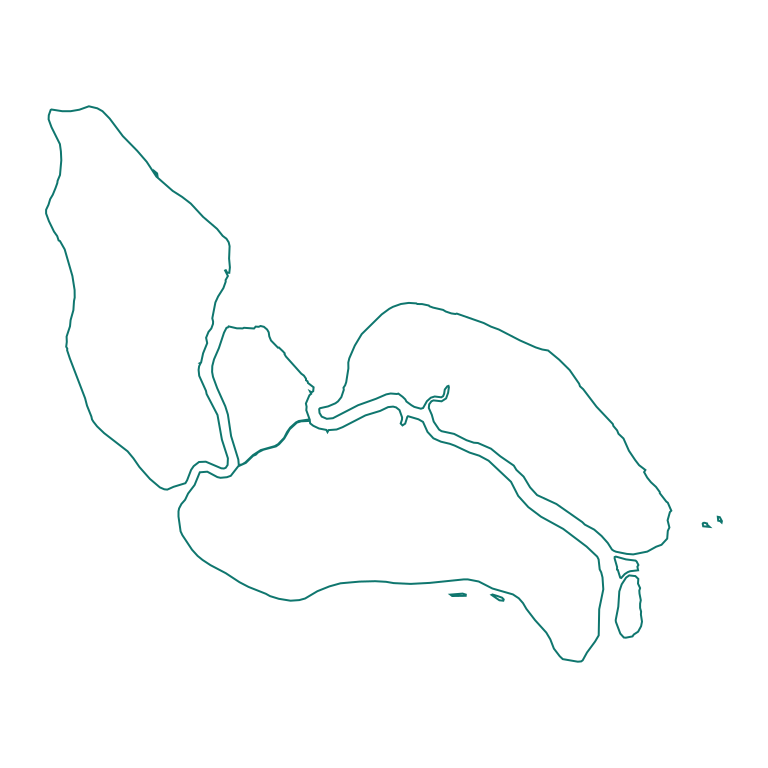 outline of Kepulauan Meranti, Riau, Indonesia
{"feature_id": "22746128B32802105420608", "entity_name": "Kepulauan Meranti", "entity_type": "district", "adm_level": 2, "iso_a3": "IDN", "parent_name": "Indonesia", "parent_adm1": "Riau", "projection": "natural_earth1", "projection_center": [102.588, 1.052], "detail": "fine", "context": "isolated", "style": "outline", "palette": "teal", "viewbox_px": 768, "rotation_deg": 0, "n_neighbors": 0, "source": "geoboundaries", "source_scale": "gbopen_adm2", "svg_char_len": 6078}
<svg xmlns="http://www.w3.org/2000/svg" viewBox="0 0 768 768"><path d="M402.5,425.4L400.7,423.5L402.0,419.6L402.1,417.4L399.5,410.1L396.1,407.4L393.1,406.6L388.1,407.1L380.2,410.9L365.4,415.4L342.5,427.2L336.6,429.5L328.6,430.1L327.5,432.1L326.3,429.9L319.0,428.5L313.3,425.8L310.2,423.4L309.8,420.9L301.2,421.3L296.9,422.6L289.7,429.2L284.2,438.6L279.1,444.2L276.0,446.4L263.4,449.7L258.2,452.3L255.8,454.7L253.1,455.8L245.8,462.9L238.2,466.3L230.8,475.8L226.9,477.2L220.5,477.8L217.4,477.1L207.3,471.7L199.8,472.3L194.6,485.0L188.1,493.5L185.1,499.8L181.4,504.0L179.1,508.4L178.5,511.3L178.5,516.5L180.6,531.4L182.4,535.2L192.0,549.7L197.6,555.9L202.5,559.9L210.4,565.1L225.8,573.2L239.5,582.2L248.5,586.9L265.9,593.8L270.0,596.1L278.8,598.8L290.5,600.7L299.3,600.1L305.1,598.5L317.4,591.2L329.4,586.4L340.5,583.3L359.7,581.6L375.2,581.2L386.0,581.8L393.7,583.1L410.6,583.9L429.7,582.9L463.8,579.4L467.8,579.4L478.7,581.5L492.4,588.5L512.9,594.4L518.8,598.3L523.0,603.1L526.4,608.9L535.0,620.1L546.3,632.6L550.3,639.3L553.9,648.6L559.7,656.2L562.7,659.1L577.8,661.7L581.2,661.4L582.7,660.3L587.0,652.5L595.1,641.5L598.7,635.4L599.2,609.2L603.3,589.3L602.5,577.4L601.2,572.3L599.7,569.4L598.6,559.4L597.2,556.6L586.6,546.6L563.2,528.9L541.0,516.7L528.3,507.1L518.2,495.9L511.0,481.8L488.6,460.7L479.3,455.7L469.6,452.6L454.7,445.6L449.8,443.8L441.0,441.7L433.4,438.3L427.5,431.9L423.0,421.9L418.5,419.3L408.0,416.2L407.3,416.9L405.2,423.6L402.5,425.4ZM102.5,111.2L97.3,108.3L88.9,106.3L79.4,109.7L70.6,111.2L62.3,111.2L51.5,109.5L50.7,109.9L48.8,115.2L48.6,119.3L51.5,127.2L59.9,144.1L60.9,151.4L61.3,160.3L60.0,175.0L57.6,180.8L57.3,183.1L55.5,188.1L52.8,194.7L50.2,199.1L48.5,204.7L46.1,209.8L46.1,213.5L48.9,221.1L54.0,231.6L57.2,236.1L58.6,240.4L60.0,241.1L64.7,249.4L72.4,276.0L74.6,290.0L74.7,297.6L74.0,301.0L73.4,310.1L70.6,320.1L70.0,326.3L66.6,336.6L66.8,341.9L66.2,346.7L67.3,348.7L67.1,350.2L69.9,358.6L85.1,398.3L87.0,405.6L91.4,416.6L92.0,419.4L93.4,421.7L97.1,426.4L104.1,433.1L127.6,451.3L133.4,458.3L139.4,467.0L149.9,478.9L159.9,487.4L164.3,489.3L167.3,489.6L173.6,486.8L185.4,483.2L187.1,480.3L191.1,469.9L193.7,466.1L199.0,462.0L205.8,461.7L221.3,468.3L223.9,468.5L225.7,467.8L227.6,465.0L227.9,458.3L221.9,439.6L217.5,415.0L206.6,394.0L206.0,390.9L199.2,375.8L198.6,369.9L199.1,366.3L200.4,363.5L199.8,363.2L201.1,362.5L203.1,353.3L207.2,343.1L206.1,337.8L208.5,331.9L211.3,328.5L213.0,323.9L213.1,321.5L212.3,318.3L215.4,302.4L218.1,296.5L223.4,288.1L225.7,281.7L225.6,280.1L227.9,276.0L225.1,270.5L225.8,270.2L227.2,272.7L229.3,272.8L229.9,267.4L229.1,258.6L229.6,246.2L228.7,242.3L226.5,238.8L222.7,235.9L217.1,228.9L203.1,216.9L190.8,203.6L182.1,196.9L172.7,190.9L156.4,176.6L146.7,161.8L137.2,150.8L122.8,136.1L109.7,118.6L102.5,111.2ZM416.3,303.4L408.8,302.9L400.9,304.0L393.0,306.8L389.3,308.8L381.7,314.4L361.7,334.1L354.8,345.6L349.3,358.3L348.3,362.5L348.4,368.4L346.2,382.2L345.1,385.3L343.5,387.7L343.8,389.8L341.3,397.2L338.0,401.4L335.4,403.3L328.1,406.4L320.0,408.2L319.2,409.1L319.5,412.9L321.7,416.6L326.8,418.8L332.9,418.2L358.1,405.2L376.0,398.8L386.2,394.4L390.6,393.5L397.0,394.0L398.3,393.6L402.6,396.8L405.3,399.4L406.4,401.5L411.4,405.2L414.3,406.9L420.9,408.7L423.1,408.0L426.9,401.2L430.8,397.7L434.7,396.5L441.3,397.3L443.1,396.2L444.1,393.8L444.8,389.5L447.3,386.3L448.5,385.9L448.9,387.2L448.1,392.8L446.1,398.4L441.6,401.3L433.5,400.4L431.4,401.3L429.2,404.3L428.8,408.0L431.8,414.8L433.7,421.6L439.1,429.6L441.6,431.2L454.1,433.9L466.5,440.2L473.8,442.7L477.9,443.0L491.0,448.7L500.3,456.3L513.8,465.6L516.4,469.9L523.6,476.6L530.1,487.4L537.1,495.1L556.4,504.0L582.3,522.1L584.8,524.6L594.2,529.6L601.6,536.0L607.8,543.0L612.0,549.6L613.8,550.8L615.9,551.7L626.8,553.9L633.2,554.4L647.3,551.6L656.2,546.7L661.5,544.8L667.2,538.6L667.8,530.9L669.4,527.5L667.6,520.3L669.9,512.1L671.3,510.7L667.8,502.7L666.3,501.6L659.8,493.2L659.8,492.1L656.0,486.9L651.0,482.3L647.2,477.6L644.1,472.1L645.4,470.0L639.1,465.2L635.2,460.1L628.9,450.7L623.5,438.5L618.5,433.8L617.1,430.4L613.4,426.0L612.8,424.0L596.5,406.7L583.2,389.2L580.0,386.3L579.1,383.7L569.7,370.1L559.2,359.7L548.1,350.5L542.2,349.5L535.7,347.4L520.1,340.5L498.8,329.5L490.9,326.6L483.7,323.0L456.8,313.6L455.4,314.0L451.3,313.4L445.7,311.5L443.1,309.9L433.1,307.6L429.5,306.3L428.8,305.5L422.2,304.1L417.3,304.0L416.3,303.4ZM260.6,326.0L258.7,326.8L255.7,326.6L254.0,328.5L244.0,327.8L242.7,328.4L236.8,328.3L228.6,326.4L227.9,327.4L226.5,327.8L224.0,332.7L218.9,348.1L214.0,359.4L212.3,366.0L212.1,371.9L213.0,376.8L217.2,388.2L225.3,406.3L227.9,414.6L231.1,436.1L238.3,459.5L238.8,465.1L242.3,464.3L245.4,462.4L253.0,455.1L260.7,450.1L274.8,446.1L278.1,444.2L284.1,437.9L287.1,432.0L290.2,427.6L296.0,422.4L298.8,421.0L309.6,419.4L306.3,410.2L306.6,406.7L305.9,403.5L309.4,395.3L311.2,393.8L310.0,391.4L311.6,392.3L313.2,391.2L313.6,387.3L308.0,383.0L307.6,381.4L306.0,380.2L306.0,378.7L303.9,375.6L301.3,373.7L285.9,356.5L284.5,354.1L284.7,353.3L282.9,351.3L278.9,347.5L278.0,347.7L271.0,340.5L269.3,336.4L268.7,332.3L267.1,329.5L263.9,326.8L260.6,326.0ZM625.8,637.7L632.5,636.4L633.8,634.5L638.1,631.7L641.1,626.2L642.0,621.6L640.9,614.5L641.1,611.6L640.1,608.0L640.1,603.6L640.8,600.2L639.5,593.6L639.3,590.6L640.1,588.1L638.0,583.6L638.3,578.9L635.4,576.1L629.2,575.4L626.1,577.6L621.7,584.3L619.3,591.4L618.3,606.7L615.7,620.1L615.9,621.9L620.3,633.6L623.8,637.5L625.8,637.7ZM621.2,578.0L624.7,574.1L627.8,572.1L630.2,571.2L638.1,570.3L637.4,566.7L638.4,565.0L636.7,561.6L635.6,560.6L626.0,559.4L615.9,556.6L614.7,557.0L614.6,558.4L617.1,567.1L617.0,569.6L617.8,569.9L620.2,577.6L621.2,578.0ZM452.2,596.0L465.7,595.8L465.8,594.6L462.6,593.6L450.4,594.6L452.2,596.0ZM503.7,599.4L502.1,597.7L498.0,596.2L492.5,594.5L491.6,594.9L499.4,600.3L503.3,600.7L503.7,599.4ZM709.6,526.9L707.2,524.7L707.1,523.5L704.6,522.8L703.3,522.9L702.7,523.7L703.2,526.3L709.6,526.9ZM721.9,521.1L719.8,517.2L717.8,516.8L718.2,520.7L720.1,521.1L721.6,522.5L721.9,521.1ZM157.5,176.0L157.1,173.4L154.8,171.5L155.9,175.2L157.5,176.0Z" fill="none" stroke="#0f766e" stroke-width="2"/></svg>